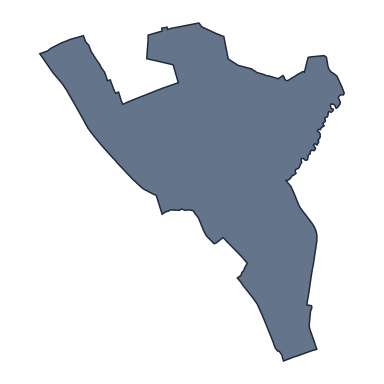 the district of Fagge, Kano, Nigeria
{"feature_id": "59680162B24316958669382", "entity_name": "Fagge", "entity_type": "district", "adm_level": 2, "iso_a3": "NGA", "parent_name": "Nigeria", "parent_adm1": "Kano", "projection": "natural_earth1", "projection_center": [8.53, 12.032], "detail": "fine", "context": "isolated", "style": "filled", "palette": "slate", "viewbox_px": 384, "rotation_deg": 0, "n_neighbors": 0, "source": "geoboundaries", "source_scale": "gbopen_adm2", "svg_char_len": 4485}
<svg xmlns="http://www.w3.org/2000/svg" viewBox="0 0 384 384"><path d="M339.4,104.9L340.0,104.1L340.3,102.5L340.1,101.6L339.5,100.1L339.2,99.5L338.7,98.6L338.5,98.1L338.5,97.4L338.9,96.5L339.3,95.9L339.9,95.5L340.7,95.1L341.2,94.8L342.0,94.8L342.5,94.9L342.9,94.9L343.4,94.9L343.8,94.2L344.2,93.0L343.7,91.7L342.1,87.4L337.0,76.2L334.0,73.7L330.8,71.7L329.0,69.3L328.0,66.4L326.4,57.2L324.1,55.6L318.9,56.1L310.6,56.9L308.1,57.4L304.4,72.2L302.9,71.5L301.3,72.5L297.4,74.5L295.2,76.1L291.7,78.1L289.9,79.4L287.8,80.5L286.6,80.6L285.6,80.2L284.8,79.1L284.1,77.1L283.0,75.5L278.2,78.7L276.9,78.3L270.4,76.4L269.1,76.0L268.8,75.9L267.8,75.8L267.5,75.8L266.1,75.5L265.1,75.1L264.0,74.5L263.0,74.3L261.4,73.8L260.4,73.5L259.0,73.1L257.3,72.7L251.4,68.8L238.2,65.4L229.4,59.7L228.2,58.9L224.0,37.5L223.8,36.5L215.8,33.4L202.2,27.0L201.8,26.9L200.1,24.6L198.9,23.0L183.9,25.9L183.1,26.1L171.5,28.3L167.4,29.5L167.1,27.2L161.7,28.2L162.3,31.0L148.1,35.1L148.1,40.1L146.7,58.7L148.1,59.0L173.2,64.8L173.5,66.0L178.3,82.7L162.3,88.3L137.0,98.3L127.1,102.3L123.4,104.1L122.9,104.3L121.1,100.6L120.4,97.8L119.1,93.8L118.5,92.0L116.1,93.1L115.5,93.3L113.7,89.2L110.8,81.4L110.3,79.9L107.2,80.6L107.0,79.7L106.7,78.1L104.6,72.2L101.2,67.6L99.9,64.7L96.1,59.3L91.0,51.2L88.9,45.4L85.7,41.8L83.4,35.7L70.6,39.3L61.0,43.1L52.9,47.3L50.5,48.5L47.7,50.9L39.8,53.7L53.0,72.8L62.5,84.0L66.0,89.3L66.5,89.9L68.4,93.4L74.2,103.4L81.0,115.5L88.1,128.4L93.4,135.4L96.2,138.8L98.8,142.0L101.8,145.6L112.4,157.5L114.9,160.0L117.7,163.4L119.5,165.3L132.4,179.0L142.7,188.5L144.9,189.8L153.2,194.1L156.2,195.3L159.5,205.8L162.1,214.2L164.2,212.8L166.2,211.6L168.3,211.2L170.5,209.9L174.6,210.1L179.6,210.2L181.3,209.1L183.1,209.5L185.2,210.4L188.3,209.8L193.1,210.6L194.5,212.9L198.4,217.9L203.3,229.9L205.6,234.6L206.9,236.4L214.1,243.7L215.8,243.2L223.1,237.6L227.4,242.1L238.0,252.9L242.0,257.0L247.3,263.3L245.2,266.8L244.0,269.7L243.2,271.2L241.9,272.5L240.9,275.4L237.3,278.0L241.1,282.5L242.3,284.4L245.2,288.2L250.5,294.9L252.4,297.3L253.8,299.3L257.1,303.8L260.8,312.1L262.6,316.1L266.0,324.3L269.2,332.2L271.6,338.2L273.6,343.4L274.1,345.1L274.2,345.4L275.4,348.4L276.7,349.8L276.8,350.0L278.0,351.2L278.4,350.9L279.3,351.4L281.9,355.1L282.7,358.5L283.5,361.0L293.0,357.3L293.2,357.2L298.7,355.5L301.8,354.3L311.9,350.7L316.8,349.3L314.0,340.9L310.3,330.5L309.5,328.0L309.2,325.4L310.5,311.5L311.9,307.7L311.5,305.7L309.2,305.3L306.8,304.8L309.2,290.6L309.6,287.5L309.9,285.5L310.0,284.8L311.1,277.1L312.3,269.6L313.4,264.0L316.9,240.4L316.9,236.4L316.7,234.1L315.9,230.7L314.2,226.7L312.8,224.4L311.3,222.3L310.7,221.6L309.4,219.8L306.6,216.1L305.7,214.9L304.9,213.9L302.7,211.2L301.8,209.8L300.9,208.7L299.4,206.3L298.4,204.0L297.5,202.0L296.5,199.4L294.0,193.2L291.1,186.7L289.4,184.6L286.0,180.5L288.0,180.2L289.6,179.1L290.9,177.7L291.7,176.0L293.2,175.5L295.0,174.2L295.9,173.6L296.0,172.8L295.3,172.0L295.3,170.2L295.8,169.4L296.9,169.0L298.0,168.6L299.0,167.8L299.9,165.7L300.4,164.3L301.2,163.3L301.7,162.5L301.2,160.2L301.1,159.2L301.4,158.8L302.2,158.4L303.4,158.6L303.9,158.9L304.4,159.8L305.5,160.2L306.6,160.2L307.3,159.8L307.7,159.0L307.9,157.7L308.1,156.5L308.3,155.2L308.8,154.7L309.6,154.2L310.2,153.9L310.2,152.6L310.5,151.5L311.0,150.8L311.3,150.4L312.1,150.1L313.2,150.6L314.2,150.6L315.0,149.7L315.6,148.5L315.0,147.5L314.2,146.2L313.4,145.4L314.5,143.8L315.7,144.0L316.3,144.2L316.5,144.9L317.1,145.0L317.4,144.3L317.9,143.2L318.5,142.6L318.7,141.8L318.6,141.3L318.0,140.7L317.9,140.2L318.4,139.7L319.0,139.2L319.7,138.1L320.3,136.7L320.1,134.0L319.7,133.0L319.2,132.2L318.4,132.0L317.6,131.2L317.4,130.4L318.1,129.9L318.6,129.3L319.4,129.5L319.9,129.7L320.3,129.7L320.8,128.9L321.2,128.0L321.6,127.5L322.4,127.0L323.3,126.4L323.9,126.0L324.1,125.7L323.6,125.5L323.4,124.7L323.2,124.0L323.0,123.5L323.0,123.2L323.2,122.9L323.6,122.7L324.1,122.4L324.7,122.0L325.2,121.4L325.4,120.6L325.2,119.5L324.9,118.9L324.7,118.3L324.8,117.9L325.3,117.5L325.6,117.5L326.6,117.3L327.3,116.9L327.8,115.8L328.2,114.1L328.1,113.0L328.3,112.1L328.8,111.6L329.4,111.8L330.3,112.1L331.3,112.2L332.4,111.3L333.0,110.6L333.4,109.8L333.2,109.2L332.8,108.9L332.0,108.7L331.2,108.3L330.9,107.8L330.7,106.9L330.6,106.2L330.5,105.3L330.6,104.6L331.0,104.0L331.7,104.0L332.5,104.3L333.2,104.1L334.0,104.5L334.4,105.1L335.1,105.8L335.4,106.6L335.6,107.4L335.8,108.0L336.2,108.2L336.5,107.9L337.2,107.8L337.7,107.4L338.3,106.4L339.0,105.6L339.4,104.9Z" fill="#64748b" stroke="#1e293b" stroke-width="1.5"/></svg>